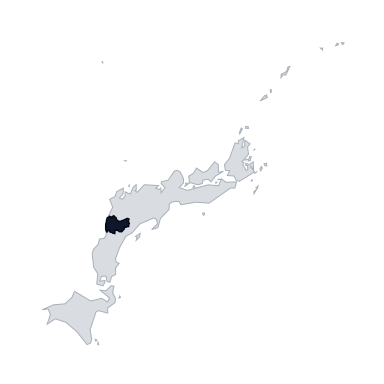 Japan, with Fukushima highlighted, rotated 184°
{"feature_id": "JPN-1864", "entity_name": "Fukushima", "entity_type": "Prefecture", "adm_level": 1, "iso_a3": "JPN", "parent_name": "Japan", "parent_adm1": "", "projection": "robinson", "projection_center": [140.15, 37.378], "detail": "fine", "context": "in_parent", "style": "filled", "palette": "ink", "viewbox_px": 384, "rotation_deg": 184, "n_neighbors": 0, "source": "natural_earth", "source_scale": "10m", "svg_char_len": 6127}
<svg xmlns="http://www.w3.org/2000/svg" viewBox="0 0 384 384"><g transform="rotate(184 192 192)"><path d="M274.3,92.1L280.6,93.6L280.3,103.8L284.9,110.2L287.2,123.2L286.3,127.9L281.9,133.2L281.0,138.6L276.5,139.6L274.7,142.4L275.3,158.0L270.0,171.3L273.7,178.9L268.5,182.1L267.2,187.0L260.8,191.1L260.6,185.3L264.0,181.0L260.7,179.9L258.4,183.6L258.7,187.5L253.4,185.6L251.3,192.2L248.2,195.5L247.7,190.2L249.0,189.4L246.7,187.9L240.0,195.9L225.8,196.1L228.5,193.2L224.6,192.3L223.4,193.8L222.7,189.0L219.2,194.6L223.5,198.3L223.2,200.0L216.5,202.2L211.2,211.5L208.4,212.6L205.4,211.6L201.4,204.8L201.1,200.5L205.1,195.5L196.6,193.3L176.4,200.3L166.0,200.0L163.7,207.3L158.7,204.1L148.3,205.2L149.5,198.9L153.9,198.6L174.1,182.1L187.4,182.1L202.4,178.5L204.2,181.9L211.5,180.6L213.9,178.2L213.6,173.0L221.6,163.6L223.6,154.0L229.6,151.8L224.2,157.9L225.6,162.1L228.5,163.4L241.9,156.4L249.0,147.0L254.9,143.2L260.4,131.4L263.6,120.2L262.8,116.8L259.7,115.8L263.0,110.7L262.4,104.5L266.3,102.0L267.6,96.2L270.5,96.8L272.0,102.2L276.5,101.4L278.0,96.6L272.6,97.6L272.6,95.9L274.3,92.1ZM308.8,53.2L319.5,56.0L327.3,50.0L324.7,60.0L327.3,65.3L333.2,64.1L322.3,69.8L310.8,71.6L304.4,78.5L302.2,84.7L285.3,76.1L274.8,79.6L268.7,76.4L266.8,80.4L276.8,87.7L270.9,87.5L266.1,92.9L263.3,92.6L264.2,86.0L260.9,80.6L261.2,76.1L268.1,70.5L267.6,65.3L276.6,67.1L279.4,65.7L284.0,47.7L281.8,37.7L282.8,34.1L286.0,32.5L297.4,44.9L308.8,53.2ZM151.3,210.9L157.9,210.9L155.8,215.8L160.3,216.1L161.5,221.7L157.0,228.0L152.5,244.0L149.1,243.5L149.4,246.3L144.0,249.9L145.5,239.5L142.6,241.6L142.9,247.4L137.4,244.0L139.7,241.0L138.3,233.7L144.2,225.7L142.4,225.1L143.1,222.5L139.3,217.3L137.9,218.4L138.4,222.2L140.3,222.2L140.4,224.4L136.8,223.4L133.1,226.4L132.2,219.0L136.0,222.2L131.0,216.4L145.7,205.9L148.7,206.8L151.3,210.9ZM186.6,199.6L195.2,201.4L196.4,207.6L191.8,210.8L189.2,216.2L182.3,212.2L177.9,214.5L171.6,223.7L167.8,221.2L166.9,213.5L162.1,214.8L169.9,209.5L173.7,203.4L176.9,205.9L181.9,204.6L182.2,201.2L186.6,199.6ZM111.2,315.7L106.0,318.9L105.1,323.3L103.1,324.1L106.6,315.1L109.1,315.5L111.2,312.2L111.2,315.7ZM245.2,143.7L240.8,147.2L241.1,143.5L244.3,139.9L243.7,143.5L245.2,143.7ZM130.3,287.6L126.0,293.5L123.5,291.6L130.3,287.6ZM136.9,231.6L135.4,231.4L136.1,227.2L138.1,226.9L136.9,231.6ZM199.0,200.5L195.6,200.4L199.9,196.7L198.6,198.9L199.0,200.5ZM142.9,261.2L140.6,261.2L140.0,259.4L143.2,259.3L142.9,261.2ZM130.3,196.7L127.6,199.3L130.1,194.5L130.3,196.7ZM147.3,259.2L146.1,258.5L148.7,252.7L148.6,255.5L147.3,259.2ZM119.2,223.2L121.4,223.5L122.1,225.2L119.5,225.9L119.2,223.2ZM128.5,200.6L126.5,202.7L127.0,200.0L128.5,200.6ZM53.5,351.5L50.8,351.4L50.8,350.9L52.1,349.5L53.5,351.5ZM180.0,171.7L178.3,172.0L177.9,170.3L179.1,169.6L180.0,171.7ZM124.5,222.4L123.5,220.7L125.0,217.9L125.9,220.1L124.5,222.4ZM58.9,347.9L58.0,350.3L56.8,350.5L56.1,349.2L58.9,347.9ZM121.1,299.6L119.9,299.5L120.0,296.9L120.6,296.7L121.1,299.6ZM278.3,38.2L276.6,37.7L276.4,37.0L277.8,36.6L278.3,38.2ZM141.8,227.3L139.7,228.7L139.0,228.1L141.8,227.3ZM256.8,83.3L256.0,81.8L257.5,81.2L256.8,83.3ZM164.5,206.8L165.8,206.2L167.5,206.2L164.5,206.8ZM275.5,33.4L275.2,36.0L274.5,33.1L275.5,33.4ZM130.1,215.7L128.3,217.3L131.0,214.5L130.1,215.7ZM73.9,344.5L71.6,344.7L71.9,342.6L72.5,343.6L73.9,344.5ZM133.8,207.4L132.5,208.8L133.1,207.0L133.8,207.4ZM191.4,196.8L190.4,198.5L189.6,197.0L191.4,196.8ZM124.6,292.7L124.3,293.9L123.8,292.5L124.6,292.7ZM255.6,193.2L255.1,194.5L254.9,193.2L255.6,193.2ZM133.0,238.9L131.9,239.3L133.0,238.2L133.0,238.9ZM168.8,202.3L168.9,203.7L167.8,203.5L168.8,202.3ZM261.2,218.5L259.9,218.8L260.0,218.1L261.2,218.5ZM290.6,314.8L290.8,316.3L289.9,314.7L290.6,314.8Z" fill="#d9dde1" stroke="#a8b0b8" stroke-width="1"/><path d="M274.4,146.3L274.7,146.9L275.1,147.7L275.3,148.2L275.3,148.4L275.4,148.6L275.5,148.8L275.5,149.1L275.3,149.4L275.3,149.5L275.5,149.8L275.6,150.0L275.8,154.0L275.7,154.5L275.4,155.6L275.4,156.1L275.3,156.3L275.3,157.7L275.3,157.8L275.1,158.3L274.9,159.7L274.8,160.2L274.3,160.6L274.2,160.7L273.9,160.7L273.5,161.0L273.2,161.1L273.0,161.3L272.9,161.3L272.8,161.6L272.8,161.8L272.7,162.0L271.5,161.7L271.4,161.6L270.5,161.3L270.3,161.1L270.1,161.0L270.1,160.9L269.9,160.8L269.8,161.1L269.9,161.5L269.8,161.8L269.4,162.0L269.2,162.3L269.0,162.5L268.8,162.7L268.7,162.8L268.4,162.8L267.9,162.5L267.5,162.2L267.2,161.9L266.9,161.6L266.6,161.3L266.4,161.1L265.8,160.8L265.8,160.6L265.7,159.8L265.7,159.7L265.4,159.5L265.3,159.4L265.2,159.2L265.1,158.9L264.8,158.7L264.2,158.2L262.3,157.6L261.8,157.5L261.4,157.6L261.1,157.7L260.6,158.1L260.2,158.5L259.9,158.5L259.7,158.5L258.8,158.9L256.7,160.1L256.1,160.3L255.9,160.4L255.4,160.8L254.8,161.2L253.7,160.9L253.4,160.9L253.2,160.8L253.0,160.5L253.2,160.3L253.2,159.7L253.3,159.3L253.4,159.1L253.3,158.3L253.3,158.0L253.3,157.8L253.3,157.6L253.2,157.5L253.0,156.9L252.9,156.8L252.7,156.8L252.5,156.7L252.4,156.5L252.3,156.3L252.4,156.1L252.7,155.4L252.8,155.2L253.0,154.4L253.0,154.2L252.9,154.0L252.8,153.8L252.7,153.7L252.7,153.4L252.8,153.2L253.0,153.1L253.7,153.0L254.4,152.8L254.6,152.8L255.0,152.8L255.3,152.4L255.4,152.2L255.6,152.1L256.2,152.2L256.4,152.1L256.6,152.1L256.8,152.0L257.1,152.1L257.3,152.1L257.3,151.9L257.3,151.2L257.2,151.0L257.2,150.8L257.1,150.7L257.1,150.3L257.2,150.1L257.8,149.5L258.7,148.2L258.9,148.0L259.4,147.4L259.9,147.4L260.0,147.5L260.4,147.6L260.7,147.5L261.0,147.5L261.3,147.6L261.5,147.6L261.8,147.4L262.0,147.5L262.4,148.1L262.6,148.2L262.7,148.3L262.8,148.4L263.3,148.3L263.6,148.4L263.7,148.5L264.0,148.8L264.3,148.8L264.7,148.6L264.8,148.5L265.0,148.5L265.3,148.6L265.5,148.6L266.1,148.1L266.2,147.7L266.1,147.2L266.1,146.6L266.1,146.1L266.2,145.8L266.2,145.2L266.8,145.5L267.2,145.5L267.7,145.4L267.8,145.3L268.3,145.5L268.5,145.6L268.6,145.8L268.8,146.1L269.0,146.2L269.1,146.3L269.9,146.1L270.4,146.2L270.7,146.4L270.9,146.4L271.1,146.6L271.2,146.8L271.3,147.0L271.3,147.3L271.3,147.6L271.9,148.0L272.3,148.1L272.5,148.1L272.4,147.9L272.5,147.9L273.0,147.9L273.3,147.8L273.4,147.7L273.4,147.1L273.4,146.7L273.5,146.4L274.3,146.3L274.4,146.3Z" fill="#0f172a" stroke="#020617" stroke-width="1.5"/></g></svg>